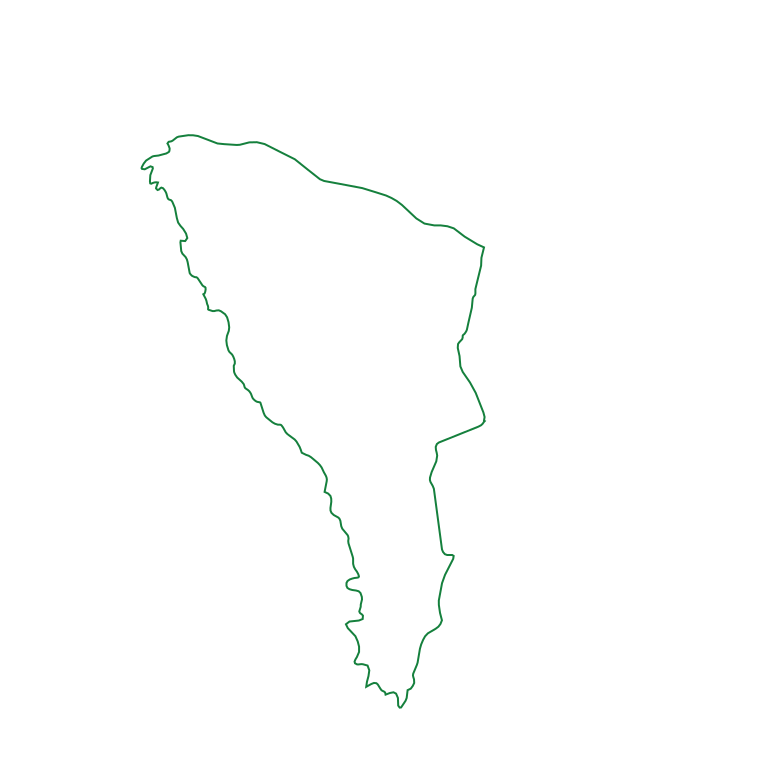 map outline of Afar (Albers equal-area conic projection), rotated 338°
{"feature_id": "ETH-3111", "entity_name": "Afar", "entity_type": "Administrative State", "adm_level": 1, "iso_a3": "ETH", "parent_name": "Ethiopia", "parent_adm1": "", "projection": "albers", "projection_center": [40.326, 11.654], "detail": "fine", "context": "isolated", "style": "outline", "palette": "green", "viewbox_px": 768, "rotation_deg": 338, "n_neighbors": 0, "source": "natural_earth", "source_scale": "10m", "svg_char_len": 4513}
<svg xmlns="http://www.w3.org/2000/svg" viewBox="0 0 768 768"><g transform="rotate(338 384 384)"><path d="M485.2,358.8L481.2,364.7L480.0,365.9L478.5,367.0L477.1,367.8L475.9,368.1L475.0,368.8L474.4,370.3L473.3,371.7L469.2,373.6L467.6,374.7L465.9,378.2L464.5,386.4L461.4,396.3L461.5,402.3L464.3,414.8L465.7,426.6L465.5,447.6L464.9,452.3L463.0,455.4L463.5,456.1L462.4,456.6L460.6,457.8L458.6,458.6L455.5,458.9L412.9,458.8L410.5,459.5L408.4,461.7L407.5,464.5L407.1,467.5L406.5,470.3L403.5,475.3L395.2,483.5L391.6,488.0L390.6,490.2L390.4,492.3L391.0,496.8L391.0,499.8L375.8,559.1L375.8,561.8L376.7,564.6L378.5,566.2L383.2,568.1L384.2,569.5L382.7,572.0L369.1,583.8L363.2,590.4L353.7,605.3L352.1,609.4L350.2,617.2L349.2,624.8L346.4,627.7L343.5,629.4L340.1,630.3L331.3,631.6L327.6,633.3L324.4,635.9L320.9,639.4L318.1,643.0L310.8,654.9L309.3,656.7L302.6,663.5L301.7,665.0L301.4,666.7L301.2,669.1L300.0,672.5L297.6,674.7L294.7,676.5L291.2,676.7L287.4,683.6L285.3,685.8L278.7,690.3L277.3,689.9L276.7,687.5L279.3,680.3L279.2,675.6L277.3,673.4L273.7,672.7L269.1,672.6L269.5,670.5L268.9,669.3L268.0,668.3L267.0,667.1L266.5,665.1L265.7,660.3L264.9,658.6L262.7,657.4L259.8,657.4L254.1,658.1L256.6,653.8L260.2,649.0L263.1,644.0L263.3,638.9L259.4,635.9L258.0,635.2L255.1,634.4L254.0,633.9L252.5,632.1L252.7,630.4L254.3,628.7L256.6,627.0L260.5,623.1L262.5,618.2L263.2,612.8L263.0,607.1L259.0,596.8L258.7,592.5L263.0,591.3L272.1,593.9L276.2,593.9L277.7,590.9L277.3,589.5L276.5,588.3L275.9,587.1L275.9,585.6L278.9,581.9L279.9,579.7L282.9,575.5L283.7,573.1L283.9,569.0L282.9,566.7L280.7,565.0L277.4,563.1L275.1,561.3L273.7,559.4L273.6,557.1L274.7,554.4L276.4,553.0L279.0,552.4L281.6,552.5L283.9,552.8L286.4,553.5L287.9,553.7L288.7,553.0L288.9,550.8L288.6,547.9L287.9,545.1L287.6,542.2L288.0,539.2L290.0,534.2L290.3,532.2L291.4,518.4L292.0,516.2L293.3,513.9L293.7,511.8L293.7,511.0L293.6,510.3L291.1,502.5L291.1,499.8L292.3,494.5L292.2,492.1L291.6,490.7L288.3,486.6L287.0,483.7L287.0,481.3L287.9,478.9L291.0,473.5L292.1,470.6L292.4,467.7L291.2,464.7L288.5,461.8L294.5,452.6L295.3,451.0L295.7,449.1L295.7,447.1L295.2,443.3L294.9,438.1L294.2,435.2L293.1,432.4L288.9,424.5L287.3,422.3L285.2,420.5L282.0,416.9L282.2,413.7L282.2,410.6L281.3,404.6L280.4,402.0L275.8,394.5L274.8,392.0L274.1,386.4L273.5,384.1L273.1,383.3L272.6,382.9L270.3,381.9L268.0,380.0L266.2,377.7L262.4,370.8L261.7,368.6L261.6,365.6L262.4,355.1L262.2,354.6L259.7,353.0L258.9,352.1L258.3,351.2L257.6,349.8L257.0,348.2L256.9,346.7L257.0,343.5L256.8,341.9L256.4,340.3L255.7,338.8L253.8,335.9L253.6,334.5L253.8,333.1L253.9,331.6L253.0,328.6L250.3,323.0L249.6,319.8L249.5,318.3L249.5,317.1L249.7,316.0L251.5,310.9L253.3,309.2L254.2,307.0L254.5,304.5L254.5,302.0L254.2,299.8L252.7,296.4L252.4,294.6L252.9,289.1L254.1,284.6L256.4,280.6L260.0,276.6L261.7,273.5L263.0,268.5L263.5,263.4L262.8,259.8L260.1,255.5L258.4,253.8L256.2,253.1L253.9,252.8L252.3,252.1L249.1,249.4L248.9,248.8L249.7,247.1L250.0,245.8L250.0,243.4L250.5,240.4L250.6,238.2L250.1,233.1L251.5,232.9L252.8,231.5L254.0,229.6L254.6,227.8L254.4,227.1L253.2,225.7L252.6,224.5L250.9,216.2L250.3,215.0L250.0,214.7L248.9,214.2L248.3,213.7L246.7,212.0L246.4,211.5L245.7,209.8L245.4,208.4L247.6,197.4L247.9,194.7L247.6,192.0L245.9,187.6L245.8,184.8L248.3,176.4L249.2,175.0L253.2,177.0L256.3,175.0L256.8,170.4L255.9,165.0L254.5,161.1L253.6,157.2L254.1,152.5L256.1,142.3L256.0,136.0L255.9,135.3L255.7,134.6L255.3,133.7L253.8,132.5L253.1,131.2L253.1,129.7L253.6,125.7L253.5,123.8L253.1,121.6L252.4,119.6L251.1,118.5L249.9,118.7L248.2,119.4L246.7,119.3L245.9,117.3L246.4,116.4L249.9,112.5L248.3,111.6L246.5,111.1L244.7,111.0L243.2,111.1L242.4,110.4L242.9,108.4L245.6,102.8L250.4,97.6L250.7,96.2L249.0,94.7L242.6,95.3L240.2,93.9L240.1,93.0L240.9,92.0L243.8,89.6L247.1,87.7L254.5,86.3L256.2,86.5L260.5,87.7L268.5,88.7L271.3,88.3L271.6,88.1L272.0,87.9L272.7,86.9L273.4,85.5L273.5,85.1L273.6,82.3L273.5,80.8L273.3,79.9L274.3,79.2L275.1,78.8L277.6,79.3L279.1,79.2L284.3,77.7L286.2,77.7L295.7,80.0L300.2,81.9L304.4,84.4L312.5,91.9L319.7,98.6L325.8,101.8L337.0,107.2L340.0,108.2L349.6,109.5L356.7,112.2L363.2,116.8L374.3,129.5L385.5,142.2L393.7,156.8L401.3,170.1L404.5,173.3L418.8,182.4L437.2,194.2L448.4,203.3L456.5,210.0L460.6,214.3L464.3,219.0L467.7,224.7L476.0,242.6L481.6,250.4L489.9,255.7L496.0,258.2L501.9,261.5L507.0,265.8L514.0,277.6L522.8,289.4L527.9,294.8L521.6,303.5L518.4,310.6L504.3,330.2L502.7,334.2L501.9,335.5L499.4,336.8L498.2,338.1L494.0,346.2L485.2,358.8Z" fill="none" stroke="#15803d" stroke-width="2"/></g></svg>